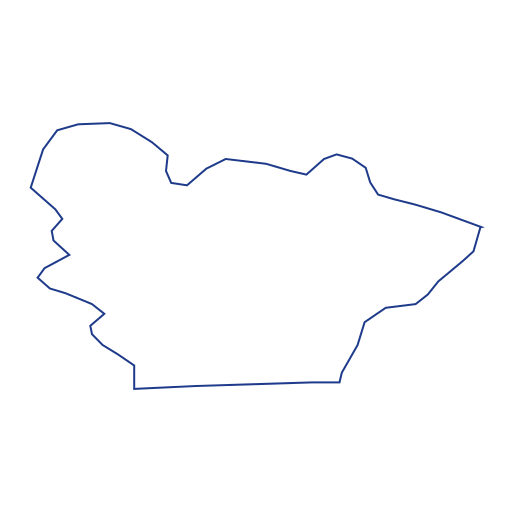 outline of Vara, Västra Götaland, Sweden
{"feature_id": "70781695B49993264725167", "entity_name": "Vara", "entity_type": "district", "adm_level": 2, "iso_a3": "SWE", "parent_name": "Sweden", "parent_adm1": "Västra Götaland", "projection": "robinson", "projection_center": [13.084, 58.267], "detail": "fine", "context": "isolated", "style": "outline", "palette": "blue", "viewbox_px": 512, "rotation_deg": 0, "n_neighbors": 0, "source": "geoboundaries", "source_scale": "gbopen_adm2", "svg_char_len": 828}
<svg xmlns="http://www.w3.org/2000/svg" viewBox="0 0 512 512"><path d="M481.3,227.1L441.0,212.3L415.2,204.6L393.8,199.2L378.1,194.6L370.2,182.4L365.7,167.8L352.2,158.6L336.6,154.4L324.0,159.0L306.4,174.6L290.6,171.0L266.1,163.8L225.7,159.0L206.4,168.6L187.0,185.3L171.2,182.9L166.0,171.0L167.7,155.4L151.9,142.2L130.9,129.1L109.8,123.1L78.2,124.3L71.5,126.2L57.2,130.3L43.1,149.4L30.7,187.7L43.0,198.5L55.3,209.3L62.3,218.9L51.7,230.9L52.3,233.9L53.5,240.5L69.3,254.9L44.6,268.1L37.6,277.7L49.9,288.5L65.7,293.3L92.0,304.1L104.3,313.8L90.3,325.8L92.0,334.2L102.6,345.0L118.4,354.7L134.2,365.5L134.2,388.9L195.8,386.0L311.9,382.4L339.5,382.4L341.8,372.7L357.6,345.0L364.6,322.2L385.7,307.8L415.6,304.1L427.8,294.5L438.4,281.3L462.9,260.9L473.5,251.3L480.4,227.3L481.3,227.1Z" fill="none" stroke="#1e3a8a" stroke-width="2"/></svg>